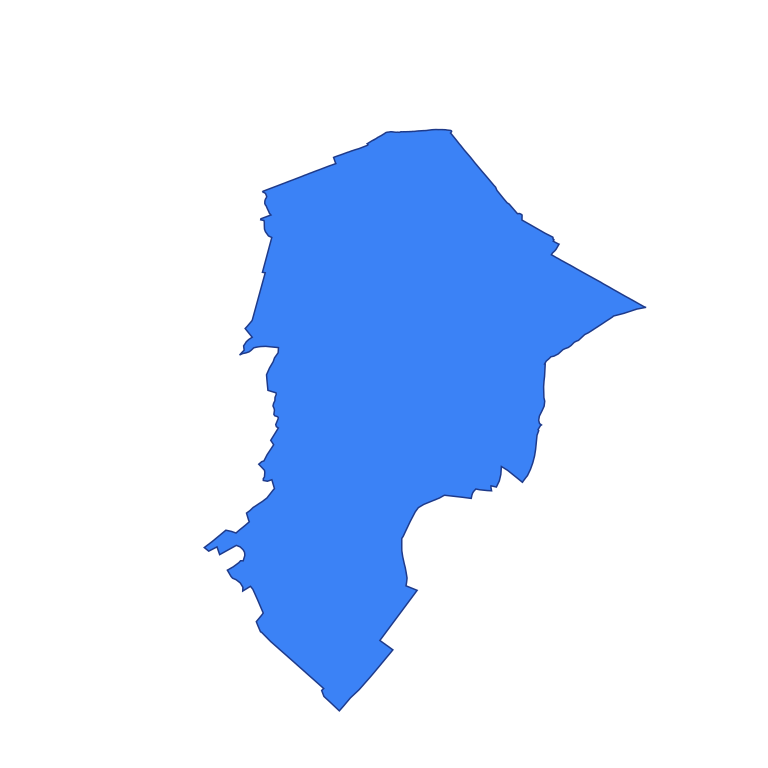 Salacea, Bihor, Romania (Equal Earth projection), rotated 321°
{"feature_id": "2599482B49985047544028", "entity_name": "Salacea", "entity_type": "district", "adm_level": 2, "iso_a3": "ROU", "parent_name": "Romania", "parent_adm1": "Bihor", "projection": "equal_earth", "projection_center": [22.294, 47.457], "detail": "fine", "context": "isolated", "style": "filled", "palette": "blue", "viewbox_px": 768, "rotation_deg": 321, "n_neighbors": 0, "source": "geoboundaries", "source_scale": "gbopen_adm2", "svg_char_len": 5655}
<svg xmlns="http://www.w3.org/2000/svg" viewBox="0 0 768 768"><g transform="rotate(321 384 384)"><path d="M429.7,547.5L430.2,547.4L430.6,547.2L435.4,546.0L437.8,545.5L438.0,545.4L444.1,542.5L450.0,538.9L455.7,534.7L460.6,530.3L470.7,520.1L474.9,517.6L475.0,516.4L479.4,514.8L480.6,514.9L480.0,512.6L481.4,509.5L484.6,506.7L490.3,504.1L494.5,502.0L498.1,498.5L499.7,495.2L506.3,486.6L510.3,482.3L513.5,479.2L521.8,470.0L521.4,469.5L524.6,468.3L528.1,468.2L530.9,467.9L533.6,469.3L538.3,470.3L544.8,469.9L545.8,470.2L546.8,470.4L550.2,471.6L553.6,471.8L558.1,471.3L560.5,471.8L562.6,472.5L571.1,471.9L575.1,472.8L591.3,474.5L595.8,474.9L600.4,475.4L603.8,475.7L605.1,475.6L613.0,479.2L615.0,480.1L626.9,484.6L627.3,484.7L630.8,486.6L635.3,489.0L635.9,489.4L635.6,489.0L635.3,488.6L634.8,487.7L634.4,486.8L631.9,480.5L630.7,477.4L626.5,467.1L621.5,454.4L620.2,450.9L619.2,448.4L618.9,447.7L618.7,447.2L617.9,445.2L617.6,444.5L616.9,442.5L616.4,441.0L616.1,440.4L615.8,439.6L615.6,439.1L615.0,437.7L614.4,436.2L613.3,433.5L610.7,427.1L606.4,416.4L604.5,411.4L601.2,403.4L600.8,402.4L600.5,401.6L600.2,401.0L599.3,398.8L599.1,398.2L598.2,395.8L597.5,394.3L597.0,392.9L596.6,391.8L596.1,390.6L595.6,389.3L595.4,388.9L595.6,388.8L596.3,388.6L597.0,388.3L597.6,388.2L600.5,388.0L602.5,387.6L608.0,385.5L607.8,385.2L606.1,381.3L605.7,380.2L605.4,379.5L606.0,379.3L606.6,379.0L606.9,378.8L606.8,378.2L606.6,377.9L606.6,377.6L607.0,377.2L607.3,376.9L607.6,376.1L604.1,368.3L603.2,366.0L599.3,355.9L594.4,343.4L597.4,339.9L597.7,339.1L596.7,336.9L594.9,335.6L594.5,322.9L593.7,320.7L593.6,314.8L593.6,308.9L593.6,304.6L594.1,302.9L594.6,301.3L594.4,298.6L594.4,297.3L594.2,286.6L594.0,280.5L593.9,274.4L593.8,269.0L593.9,262.6L593.6,252.6L593.7,247.0L593.6,245.0L593.7,239.9L593.7,232.0L593.6,230.8L594.4,230.7L595.3,230.4L595.5,230.3L595.6,230.0L595.7,229.8L595.6,229.4L595.4,229.0L595.1,228.6L593.0,226.5L592.3,225.7L591.9,225.2L590.2,223.7L588.7,222.4L587.6,221.5L586.3,220.5L584.6,219.0L582.7,217.6L581.3,216.6L578.2,214.7L576.2,213.5L573.4,211.4L571.4,210.0L570.2,209.1L569.8,208.9L569.3,208.5L567.7,207.5L567.0,207.1L566.2,206.5L564.9,205.5L563.9,204.9L563.1,204.2L562.6,203.9L560.8,202.5L559.4,201.5L558.5,200.7L556.9,199.5L555.9,198.6L554.3,198.1L553.0,196.8L552.2,196.3L551.4,195.6L550.7,194.9L549.7,193.8L548.7,192.8L547.9,192.1L546.4,191.3L544.9,190.3L544.2,190.0L543.4,189.7L542.0,189.7L540.8,189.5L539.9,189.4L538.1,189.2L537.1,189.0L536.4,188.8L536.0,188.8L535.4,188.7L534.8,188.5L534.0,188.4L532.4,188.3L531.5,188.2L531.0,188.1L530.2,188.0L530.3,187.9L529.8,187.8L527.7,187.4L523.0,186.8L522.4,186.8L522.2,186.7L522.1,188.0L521.4,188.1L520.4,187.8L512.6,185.3L509.0,183.8L506.3,182.8L505.9,182.6L502.0,181.3L501.5,181.0L500.8,180.8L495.5,179.0L495.3,178.9L494.9,178.8L492.2,177.8L488.5,176.5L488.3,176.5L487.4,176.2L487.1,177.1L485.8,180.6L485.8,180.8L485.7,181.0L485.5,181.5L485.3,182.4L478.5,180.0L468.7,176.8L467.1,176.3L466.9,176.2L466.7,176.1L462.1,174.6L461.4,174.4L458.8,173.5L455.2,172.4L453.9,171.9L450.8,171.0L438.6,167.0L426.9,163.2L420.8,161.2L418.4,160.4L412.3,158.4L412.1,158.3L411.6,158.2L411.4,158.2L411.1,158.1L411.1,158.3L410.7,159.0L411.0,159.3L411.3,159.7L411.8,161.4L411.0,164.0L410.9,164.4L409.8,165.2L408.2,165.7L406.6,166.8L405.0,168.6L404.5,170.1L404.6,171.0L403.7,174.3L403.6,174.6L402.9,177.6L402.4,179.2L402.5,181.5L392.4,178.1L391.5,178.8L393.6,181.4L392.9,182.8L390.9,185.3L388.6,188.4L387.7,191.0L387.4,196.2L389.0,199.5L359.8,220.7L361.7,222.8L352.5,229.4L322.3,251.1L321.5,251.6L320.8,251.8L314.0,253.1L311.0,253.5L311.0,264.7L306.9,264.3L303.6,264.5L301.3,265.3L298.9,266.0L296.6,269.7L293.9,270.0L290.0,270.6L292.2,271.1L293.5,271.5L293.9,271.7L296.4,273.0L299.4,274.1L301.7,274.2L303.3,274.1L305.5,273.9L306.3,274.3L307.4,274.8L308.0,275.1L309.8,276.1L311.6,277.2L315.8,280.3L317.7,282.2L324.9,289.3L321.4,293.1L315.3,294.8L312.0,296.9L305.1,299.5L298.5,302.9L295.3,307.6L292.1,312.4L289.8,315.9L294.5,322.9L293.8,324.2L290.9,325.8L288.7,328.3L286.1,329.5L283.9,331.2L283.1,334.1L282.3,335.5L279.3,338.3L279.1,339.9L280.7,342.4L280.7,343.6L279.8,344.4L274.3,347.4L273.5,349.4L274.2,351.7L260.5,356.5L260.3,359.1L260.0,361.8L248.6,365.4L242.3,368.2L240.1,367.4L236.2,367.5L236.8,375.8L235.8,377.6L232.6,381.0L230.6,381.6L229.5,383.0L232.2,386.2L236.6,387.8L233.0,396.4L231.3,396.6L221.3,398.9L215.2,398.7L211.6,398.3L206.9,397.9L204.7,397.6L200.2,398.0L195.9,397.8L193.1,404.6L192.6,406.3L187.3,406.5L180.0,406.5L176.6,406.6L175.2,406.7L172.7,402.6L169.1,398.1L151.6,398.3L141.4,398.0L142.6,403.6L151.7,405.5L148.9,413.2L154.7,414.2L167.7,416.5L169.7,420.1L170.2,424.1L169.8,426.7L169.3,427.7L167.9,429.7L163.3,432.8L161.3,431.1L158.8,431.5L151.8,431.2L145.1,430.1L144.0,437.3L144.1,439.6L145.9,443.0L147.1,448.2L146.4,453.2L143.9,456.0L152.9,457.2L152.9,461.0L149.8,472.7L146.0,486.0L143.3,486.7L135.2,488.3L134.8,489.6L134.6,490.2L133.8,492.8L132.3,498.1L132.1,499.0L132.6,499.8L133.9,513.1L136.0,525.6L138.1,538.0L145.5,582.7L142.7,582.9L140.7,589.0L142.2,599.5L143.0,605.5L143.6,609.9L150.0,608.8L160.3,606.8L162.8,606.6L172.3,605.9L189.9,602.9L193.1,602.3L223.6,596.2L219.4,580.7L279.9,565.2L274.1,554.7L276.9,552.2L279.8,549.3L282.5,544.6L285.0,540.0L286.5,536.7L289.9,529.9L292.9,524.8L295.1,522.0L300.3,515.6L300.7,515.2L303.2,514.4L307.5,512.3L317.7,507.4L327.9,503.0L332.9,501.7L339.2,502.6L355.4,507.5L360.8,508.4L361.5,509.0L373.6,521.3L379.8,527.8L382.5,525.6L384.3,524.5L386.1,523.9L389.3,523.4L391.8,526.4L397.2,531.8L400.4,534.7L402.0,531.7L403.1,530.5L406.5,534.8L412.6,531.9L417.9,527.8L423.3,522.0L425.7,528.8L428.5,541.7L429.7,547.5Z" fill="#3b82f6" stroke="#1e3a8a" stroke-width="1.5"/></g></svg>